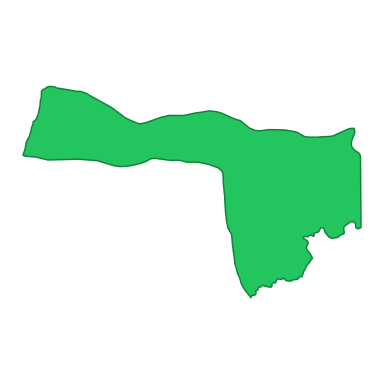 outline of Huehuetenango, Huehuetenango, Guatemala
{"feature_id": "79465075B83999365209014", "entity_name": "Huehuetenango", "entity_type": "district", "adm_level": 2, "iso_a3": "GTM", "parent_name": "Guatemala", "parent_adm1": "Huehuetenango", "projection": "mercator", "projection_center": [-91.375, 15.301], "detail": "fine", "context": "isolated", "style": "filled", "palette": "green", "viewbox_px": 384, "rotation_deg": 0, "n_neighbors": 0, "source": "geoboundaries", "source_scale": "gbopen_adm2", "svg_char_len": 2878}
<svg xmlns="http://www.w3.org/2000/svg" viewBox="0 0 384 384"><path d="M240.1,120.4L238.1,120.1L233.3,118.4L220.9,112.9L216.0,111.6L209.3,110.9L201.4,112.2L195.4,113.0L183.9,115.5L169.4,115.4L160.8,117.4L156.5,118.9L151.1,120.8L147.2,122.3L141.0,123.7L138.5,123.7L130.7,120.4L125.3,117.9L122.2,115.4L121.4,114.9L116.8,111.5L111.9,107.8L107.8,105.4L90.3,95.8L86.8,93.6L82.9,92.1L80.0,91.3L77.2,91.4L61.1,88.6L57.0,88.1L54.8,87.0L51.3,86.4L47.6,86.8L44.6,89.0L43.3,89.3L41.5,91.1L41.2,98.3L40.4,99.9L40.1,104.9L38.0,115.0L36.2,119.2L33.2,121.9L33.0,124.0L31.7,127.2L30.9,131.2L29.3,136.5L27.0,140.5L25.9,143.8L26.1,145.4L25.4,146.3L25.4,148.1L23.0,155.1L25.1,156.2L35.7,157.0L47.9,160.0L77.1,159.2L78.5,159.2L97.4,160.7L109.2,164.2L113.1,165.5L120.2,166.6L129.7,165.9L140.0,163.6L145.8,161.5L150.7,158.8L154.5,158.2L171.1,160.5L179.8,160.3L186.8,162.2L198.0,162.2L208.8,164.4L218.4,167.9L221.9,171.1L223.1,174.3L223.3,183.0L224.7,196.6L225.1,205.3L225.4,208.7L225.6,213.0L226.1,216.1L226.5,221.0L228.0,228.0L231.7,234.8L232.4,243.8L233.1,248.8L233.5,252.7L234.1,255.4L234.8,263.5L236.2,268.0L237.3,272.5L238.3,274.9L239.6,277.8L241.2,283.4L243.9,288.7L250.8,297.6L251.7,295.7L252.7,295.3L254.5,295.2L255.2,294.7L255.8,294.0L256.1,292.6L255.9,292.0L255.7,291.3L256.3,290.5L257.0,290.4L257.8,290.0L258.3,287.7L259.2,287.0L261.0,286.9L262.4,285.5L263.5,285.5L268.0,286.9L271.2,287.1L271.9,286.2L272.0,284.1L272.6,283.1L273.5,282.7L275.5,282.9L276.8,279.7L277.3,279.2L277.9,278.8L281.7,279.5L282.6,278.8L283.5,278.0L286.3,280.8L290.2,281.1L291.6,280.8L292.7,279.9L297.5,279.3L299.8,276.7L302.0,276.6L304.0,270.9L305.7,267.9L307.2,264.9L309.4,262.5L311.2,259.6L312.5,258.2L310.0,253.6L306.5,249.0L306.5,246.5L308.0,243.5L308.2,242.5L307.7,241.4L307.2,240.8L306.6,240.3L305.9,239.9L305.1,239.4L304.4,239.0L303.7,238.6L303.2,237.7L303.6,236.8L304.5,236.7L305.5,236.7L306.4,236.7L307.9,236.6L308.5,236.2L309.3,235.7L309.9,235.3L310.6,235.0L311.9,235.4L312.4,235.8L313.8,236.2L314.2,235.6L314.1,234.7L314.0,233.6L314.5,232.9L315.8,232.7L317.3,232.4L318.4,231.8L319.2,230.9L319.5,230.3L320.0,229.1L320.6,228.3L321.7,227.7L322.9,227.8L323.9,228.5L324.2,229.3L324.5,230.5L325.1,232.3L329.1,237.2L331.8,238.4L337.6,237.4L341.1,234.8L343.7,233.8L344.1,233.3L344.2,232.5L344.0,231.0L343.7,230.2L343.8,227.3L345.5,225.4L348.2,223.6L350.5,221.7L352.3,221.5L353.9,222.1L354.9,223.0L355.6,224.0L355.6,227.0L356.3,228.1L357.3,228.7L359.2,228.5L361.0,227.5L360.5,157.2L360.1,155.4L359.8,154.3L359.1,153.3L354.4,150.0L352.2,147.5L351.3,145.2L351.6,141.0L353.2,136.5L354.5,133.7L354.7,131.6L354.5,130.0L354.4,129.0L353.8,128.4L352.4,128.3L351.5,128.4L349.9,128.6L347.3,129.4L333.3,135.8L331.0,136.3L328.5,136.5L323.0,136.7L317.0,137.2L308.1,137.1L304.4,136.5L296.2,131.9L285.0,130.0L269.1,129.6L260.5,130.8L255.2,130.5L249.1,127.9L240.1,120.4Z" fill="#22c55e" stroke="#15803d" stroke-width="1.5"/></svg>